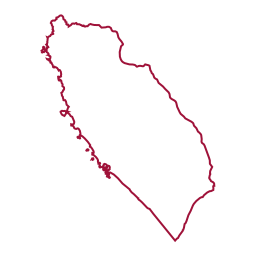 Aceh Jaya, Aceh, Indonesia
{"feature_id": "22746128B21424895456858", "entity_name": "Aceh Jaya", "entity_type": "district", "adm_level": 2, "iso_a3": "IDN", "parent_name": "Indonesia", "parent_adm1": "Aceh", "projection": "robinson", "projection_center": [95.543, 4.811], "detail": "fine", "context": "isolated", "style": "outline", "palette": "rose", "viewbox_px": 256, "rotation_deg": 0, "n_neighbors": 0, "source": "geoboundaries", "source_scale": "gbopen_adm2", "svg_char_len": 5612}
<svg xmlns="http://www.w3.org/2000/svg" viewBox="0 0 256 256"><path d="M212.2,166.9L209.9,163.8L209.8,160.3L209.0,157.7L204.6,145.7L203.8,144.3L202.0,142.9L201.5,141.8L201.7,139.0L201.2,135.1L200.7,134.1L199.1,132.4L198.0,131.6L196.4,128.2L194.0,125.7L193.3,123.4L192.8,122.8L191.4,121.7L185.3,118.4L183.9,116.6L180.7,113.9L179.7,112.2L177.2,106.9L176.3,103.0L175.6,101.5L174.4,100.5L171.5,98.9L170.3,97.8L170.0,97.3L169.5,94.0L168.6,92.3L165.2,89.0L163.0,86.5L158.6,82.9L157.1,79.5L155.4,78.6L154.3,77.6L153.1,74.3L151.7,73.0L151.2,71.5L150.4,70.3L149.5,65.8L148.7,65.3L145.2,64.4L143.7,66.0L143.0,66.3L140.1,65.8L138.6,66.0L137.3,66.6L136.7,66.6L135.4,65.3L134.6,64.9L132.6,64.5L129.5,64.4L124.6,63.1L122.9,62.1L121.9,61.2L120.8,59.4L119.9,56.7L119.7,52.0L121.0,46.5L121.3,46.0L122.9,44.6L123.0,44.1L121.6,41.7L119.4,39.0L118.4,37.4L117.5,33.7L116.7,32.0L115.2,31.3L113.2,31.3L112.4,31.0L111.7,30.1L110.8,27.9L109.0,26.8L107.1,26.8L105.8,27.3L101.5,27.6L99.1,25.1L94.3,25.0L91.9,24.5L90.6,24.0L89.1,24.6L87.6,26.2L86.1,26.2L85.1,26.6L84.7,26.5L83.8,25.6L83.3,26.1L82.2,25.9L81.7,25.2L80.6,25.0L79.6,24.3L77.0,24.2L76.6,23.3L76.2,23.0L74.3,23.8L73.5,23.5L72.2,23.6L71.0,25.0L68.7,26.5L68.7,25.4L68.2,24.8L67.9,24.5L67.2,24.8L66.3,24.1L66.5,22.3L65.3,21.7L65.3,20.5L64.4,19.7L63.6,19.4L63.4,19.0L63.2,17.2L62.6,16.3L61.6,15.5L61.0,15.4L60.0,15.6L57.8,17.3L56.4,17.6L56.3,18.1L56.6,19.0L55.6,19.7L55.1,20.4L54.6,20.6L52.9,20.5L51.6,21.2L50.8,23.0L51.8,24.2L51.9,25.4L53.0,26.9L52.6,27.9L53.0,29.2L52.6,29.6L53.5,31.0L52.5,31.9L52.3,32.6L53.2,33.5L53.2,33.9L51.2,34.5L50.9,34.8L50.2,36.0L48.7,36.6L47.7,37.6L47.3,37.4L47.8,38.7L47.5,39.7L47.5,40.9L47.2,41.8L47.4,42.7L47.1,43.3L47.0,44.5L46.4,44.4L46.2,44.6L46.8,45.2L47.3,46.4L48.0,46.5L48.3,47.1L47.8,47.3L47.1,48.5L46.7,48.2L46.3,49.1L45.6,49.6L44.9,49.7L43.6,49.3L42.8,49.6L41.7,50.7L42.1,50.9L42.3,51.6L42.0,52.4L42.3,52.5L43.4,51.9L44.0,52.1L45.7,50.4L46.6,50.7L46.5,51.4L46.8,52.2L47.7,52.7L48.6,54.0L48.5,54.9L48.3,55.0L48.8,55.1L49.4,56.1L50.2,56.2L50.5,56.9L50.2,58.4L49.5,59.5L48.2,59.1L47.6,59.3L47.1,59.1L47.2,59.3L48.7,60.1L49.5,59.9L50.0,60.2L50.1,60.5L49.9,60.8L50.3,60.9L50.6,61.7L50.3,62.0L50.4,62.6L50.6,62.7L51.1,62.4L51.5,62.7L51.8,63.7L52.6,64.9L53.2,67.2L54.0,67.5L54.7,66.8L55.1,67.2L55.9,67.3L57.0,67.9L57.8,68.9L58.6,70.3L58.9,69.9L59.8,70.1L60.8,71.7L61.2,74.3L60.8,76.3L60.9,76.5L59.8,77.0L58.6,76.6L58.1,76.7L58.1,77.0L59.0,77.8L58.9,78.0L58.3,78.2L58.3,78.9L58.7,79.3L58.8,80.3L59.1,80.5L59.8,80.5L60.3,79.9L61.2,80.6L61.7,83.0L62.6,84.3L62.4,86.1L64.0,87.4L64.1,88.9L63.9,89.7L63.1,90.3L62.7,91.7L61.3,92.9L61.9,94.6L61.9,95.5L62.9,97.0L62.9,97.9L63.4,99.1L63.4,100.0L63.9,100.3L65.2,100.2L66.0,101.6L66.6,104.7L68.8,106.8L68.1,107.6L67.2,110.1L67.1,110.5L67.3,111.5L67.6,111.6L67.1,111.7L67.7,112.1L67.6,112.5L68.1,113.2L69.5,114.2L70.7,116.1L72.2,116.8L74.2,121.5L74.2,122.7L73.8,123.9L72.1,124.6L71.2,124.3L71.2,125.5L72.8,125.8L73.5,126.3L74.4,128.3L75.4,128.8L76.5,128.9L77.3,128.4L77.9,128.4L78.8,129.0L79.9,130.9L80.4,133.3L80.4,134.2L79.9,134.9L82.5,136.4L84.6,138.3L87.8,141.8L90.2,145.1L89.8,146.0L89.9,146.7L90.5,146.7L92.0,148.5L93.6,151.3L93.7,152.7L93.4,153.3L93.0,153.5L92.9,153.2L92.2,152.9L91.9,153.4L91.6,153.4L92.0,153.6L92.4,154.7L93.0,154.5L95.8,156.9L97.3,158.8L98.0,160.3L97.9,161.5L98.3,163.2L98.8,162.7L99.8,162.8L100.1,163.4L99.4,164.3L99.8,165.4L99.5,165.6L99.3,166.6L99.6,167.3L99.8,167.4L100.0,166.7L100.4,166.5L101.1,167.0L102.2,167.2L103.0,167.0L103.0,166.8L103.6,166.9L103.2,165.9L103.8,165.3L103.7,164.4L104.6,163.9L105.9,164.3L106.5,164.8L106.9,165.7L107.8,165.6L109.3,166.1L109.6,166.6L109.8,167.4L109.6,168.9L110.2,168.7L109.1,169.7L108.8,170.1L108.3,169.9L106.9,170.3L107.2,171.3L107.6,171.7L106.8,172.4L106.4,172.4L106.2,172.0L105.4,172.3L105.4,172.6L105.9,173.1L105.8,173.8L106.4,173.9L107.1,173.6L107.9,174.3L108.9,174.6L109.1,174.4L109.0,173.8L108.6,173.3L109.1,172.7L110.3,172.5L113.8,174.5L118.0,178.3L122.5,183.5L129.7,189.4L129.9,190.1L131.6,192.3L133.8,194.1L137.3,197.5L137.8,198.3L138.3,198.3L138.4,199.2L138.8,199.7L139.9,200.4L142.0,202.3L147.2,207.8L148.3,208.5L149.6,208.9L153.4,213.9L175.1,240.6L176.9,238.6L178.0,238.0L179.3,235.5L182.8,230.7L182.8,230.1L183.3,229.7L184.0,227.5L184.6,224.0L185.5,223.2L186.4,221.3L188.4,215.2L190.7,210.8L192.9,205.5L193.9,203.8L196.3,201.0L199.9,198.0L201.5,197.2L202.7,197.1L204.0,195.2L207.2,192.5L209.7,191.2L211.0,191.1L213.3,190.0L213.4,188.5L213.2,186.5L213.5,185.8L214.3,185.8L214.1,183.4L213.2,182.3L211.0,181.1L210.6,180.2L209.6,178.9L209.5,178.1L209.2,177.9L209.8,175.1L210.2,174.6L210.3,173.9L210.0,173.4L210.2,171.0L212.2,166.9ZM63.2,111.1L62.0,110.8L61.6,111.0L60.6,111.6L60.6,112.1L61.6,114.1L62.5,115.1L63.8,115.4L64.3,116.0L64.5,115.9L66.1,113.4L66.0,111.6L64.9,110.9L63.2,111.1ZM79.7,137.6L79.8,136.9L79.7,136.6L77.8,136.8L77.5,137.1L77.8,137.8L78.4,137.7L79.6,138.4L80.1,138.3L80.1,138.1L79.7,137.6ZM106.3,168.5L107.2,167.8L107.2,167.3L106.3,166.9L105.7,167.4L105.9,168.4L106.3,168.5ZM103.9,170.3L104.3,170.0L104.2,169.4L103.9,169.1L103.9,168.1L103.4,168.4L103.1,169.1L103.3,169.9L103.9,170.3ZM88.4,149.6L88.0,149.4L87.3,149.8L87.1,149.5L86.7,149.8L86.4,150.5L86.8,150.7L87.3,150.1L88.2,150.4L88.4,150.2L88.4,149.6ZM44.3,48.0L44.4,47.3L43.6,46.8L43.1,47.1L43.1,47.7L44.3,48.0ZM93.1,158.3L92.2,158.4L91.8,159.2L92.4,159.0L92.7,159.1L92.8,159.7L93.3,159.5L93.4,159.0L93.1,158.3ZM105.5,170.4L105.7,169.9L105.4,169.2L105.1,169.1L104.9,170.2L105.5,170.4ZM107.7,176.8L107.9,176.0L107.1,175.6L106.9,176.5L107.7,176.8ZM109.3,177.9L109.8,177.6L109.3,176.7L109.0,177.7L109.3,177.9Z" fill="none" stroke="#9f1239" stroke-width="2"/></svg>